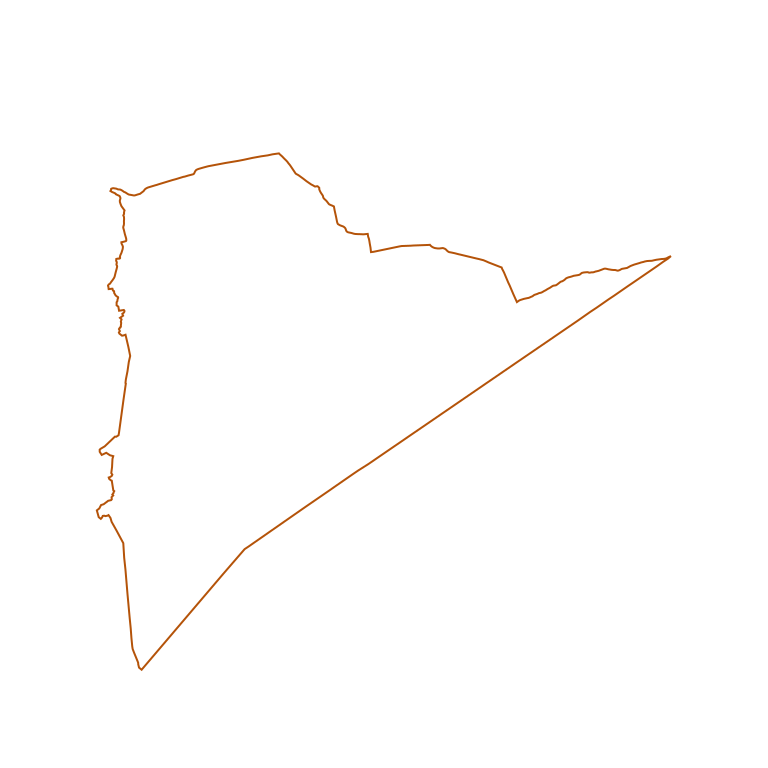 outline of Moyale, Eastern, Kenya, rotated 261°
{"feature_id": "3690345B29556459221230", "entity_name": "Moyale", "entity_type": "district", "adm_level": 2, "iso_a3": "KEN", "parent_name": "Kenya", "parent_adm1": "Eastern", "projection": "orthographic", "projection_center": [39.031, 2.902], "detail": "fine", "context": "isolated", "style": "outline", "palette": "amber", "viewbox_px": 768, "rotation_deg": 261, "n_neighbors": 0, "source": "geoboundaries", "source_scale": "gbopen_adm2", "svg_char_len": 6117}
<svg xmlns="http://www.w3.org/2000/svg" viewBox="0 0 768 768"><g transform="rotate(261 384 384)"><path d="M461.6,608.1L461.6,607.6L461.8,606.8L461.8,605.0L461.8,604.5L461.9,604.1L462.0,603.7L462.5,602.9L462.7,601.7L462.9,598.8L462.8,597.4L462.8,597.0L462.7,596.7L462.3,595.9L461.7,595.0L461.3,593.9L461.2,592.5L461.2,589.1L461.2,588.3L460.9,586.7L460.6,584.4L460.5,582.9L460.2,581.5L460.0,580.8L459.7,580.1L458.9,579.0L458.6,578.5L458.3,577.9L457.6,576.2L457.5,575.1L457.3,574.5L457.1,574.0L455.2,570.6L454.6,569.2L454.6,567.9L454.6,566.6L454.5,566.3L454.3,565.6L453.1,563.0L452.2,560.4L451.2,558.1L450.9,557.0L449.9,554.5L449.6,553.3L449.5,551.2L449.0,549.5L448.5,546.5L448.2,545.8L447.6,544.7L447.4,544.3L447.2,543.3L446.6,541.2L446.4,540.1L446.4,539.1L446.2,535.5L445.6,531.5L445.2,530.3L444.1,528.1L452.5,525.8L461.7,523.5L464.7,522.6L471.2,521.0L475.3,520.0L477.8,519.2L478.8,518.8L480.7,518.4L481.7,516.6L486.6,508.2L487.7,506.3L488.9,504.5L490.7,501.6L492.6,497.2L493.6,494.7L499.9,479.5L500.4,478.2L502.1,474.3L503.3,471.2L504.1,468.9L504.3,468.6L505.2,467.6L507.4,466.0L508.1,465.2L508.5,464.5L508.9,463.8L509.1,463.2L509.1,462.8L509.2,459.7L509.4,458.5L509.9,456.8L510.4,455.3L511.1,454.1L512.0,452.9L513.2,451.8L514.3,451.1L514.3,450.5L514.5,448.7L516.2,434.6L516.4,432.2L517.5,423.1L517.5,421.4L516.2,394.2L516.3,391.8L520.9,392.0L524.8,391.9L527.8,391.9L529.9,391.8L532.0,391.4L532.7,391.4L534.8,391.4L535.0,387.8L535.1,386.8L535.6,384.5L536.2,381.3L536.4,380.4L536.7,379.0L537.2,377.6L537.9,376.2L538.4,375.1L539.4,372.4L539.9,371.6L540.7,370.9L541.7,370.6L542.9,370.4L543.7,370.2L544.0,370.1L544.6,369.7L545.2,369.2L545.5,368.9L546.0,368.3L547.5,365.6L548.1,364.8L549.1,363.6L549.4,363.4L549.8,363.3L550.6,363.1L551.6,363.0L556.7,362.8L563.2,362.4L567.2,362.3L568.3,360.7L569.2,359.2L569.8,358.3L570.1,357.9L570.7,357.5L571.3,357.2L573.5,356.0L574.5,355.3L576.0,354.1L577.1,353.4L577.8,353.2L579.3,353.1L579.7,353.0L582.9,351.5L584.7,350.9L586.0,350.6L586.6,350.5L587.4,350.7L588.0,350.7L588.4,350.3L589.1,349.9L589.7,349.3L589.8,348.9L589.8,346.9L589.9,346.6L591.4,344.8L592.5,343.3L596.4,339.2L599.6,336.2L602.2,333.6L603.6,332.2L605.4,329.9L605.8,329.6L614.0,325.8L615.2,325.2L617.2,324.0L618.3,323.5L620.0,322.4L622.4,320.6L624.6,319.1L626.8,317.3L627.8,316.5L628.2,316.3L628.3,309.8L628.0,305.0L628.1,298.4L627.9,289.5L627.4,280.5L627.2,274.8L627.1,262.0L626.6,244.9L626.5,243.6L626.1,239.8L625.5,234.9L625.2,233.3L624.8,232.1L624.6,231.8L623.7,230.8L621.8,229.5L621.5,229.3L621.1,228.6L621.0,228.3L620.8,226.3L620.5,223.1L620.3,221.7L620.0,219.5L620.0,218.3L618.9,210.5L618.5,206.8L616.5,192.5L616.2,190.7L616.0,188.9L615.0,181.6L614.6,180.2L614.0,178.8L613.4,178.0L612.2,176.8L612.0,176.5L610.0,172.8L609.9,171.9L609.7,170.2L609.5,169.0L609.3,167.7L609.3,166.6L609.5,166.0L610.4,163.5L611.0,161.7L611.7,160.7L613.7,158.5L614.3,157.4L615.3,156.4L616.4,155.2L617.2,154.1L617.5,153.2L617.8,151.8L618.0,151.4L618.5,150.7L618.8,150.2L619.3,148.7L619.7,147.4L619.8,147.0L619.7,146.1L619.5,145.1L618.3,144.7L617.4,144.0L616.2,145.4L614.6,148.0L613.8,148.8L613.4,148.8L611.1,152.2L609.6,152.7L608.5,152.7L606.6,151.8L605.1,151.6L602.8,152.0L600.7,152.5L597.0,154.4L596.1,154.9L595.6,154.6L593.6,153.9L592.8,153.9L592.1,153.5L591.4,152.9L589.7,153.3L587.6,153.1L585.5,152.6L583.2,152.3L581.7,151.9L581.0,151.6L580.7,151.3L579.2,150.9L577.3,151.1L576.7,151.2L572.6,151.5L568.9,152.0L567.5,152.1L566.0,151.9L565.5,151.4L565.2,148.9L565.1,146.8L563.9,146.7L561.7,147.4L560.3,147.6L558.2,147.0L554.6,145.2L552.4,143.7L550.5,142.9L550.1,143.1L549.6,143.0L549.3,142.6L549.2,141.8L549.5,140.8L549.4,139.2L548.8,139.1L548.5,138.9L547.6,138.7L546.3,139.1L545.3,139.0L544.7,138.7L543.7,138.4L543.3,138.5L542.5,138.8L541.7,138.8L539.7,138.0L536.4,136.5L532.1,134.7L530.8,133.8L528.9,132.0L527.6,130.6L526.0,129.1L525.6,128.3L525.4,127.7L524.4,126.8L523.9,126.8L523.2,127.0L522.7,127.0L522.1,126.9L520.8,126.9L520.7,128.3L520.7,130.3L520.6,130.7L520.1,130.8L519.3,130.8L518.7,130.9L518.4,131.3L518.2,131.6L517.9,131.9L517.4,131.9L517.0,131.8L515.8,131.8L514.6,132.4L513.6,132.7L512.2,133.9L511.4,134.9L510.7,134.9L509.3,134.1L507.4,133.5L506.6,132.7L503.5,132.2L502.0,133.7L497.8,133.8L497.8,138.6L497.3,138.9L496.7,139.1L495.9,138.8L495.2,138.2L494.2,136.5L492.3,137.0L490.6,133.6L488.9,134.9L486.7,133.8L485.5,134.0L483.1,133.3L481.8,133.1L481.0,132.4L481.1,132.0L479.7,130.8L477.6,131.4L476.4,130.2L475.2,130.5L472.7,132.8L472.7,134.1L473.1,136.4L460.7,137.3L451.4,137.7L445.7,135.4L436.6,132.6L428.7,129.7L425.4,128.8L424.9,129.1L409.4,124.3L377.2,114.6L374.9,113.8L373.8,111.3L374.1,110.0L366.1,98.4L364.3,93.9L363.6,92.9L361.5,92.6L358.1,94.1L359.5,98.9L356.5,102.2L355.1,105.3L352.5,104.1L344.5,102.4L338.7,100.7L336.9,101.5L335.7,100.6L334.9,98.7L334.7,97.5L333.3,97.7L332.8,98.1L332.5,98.5L332.2,98.6L331.5,99.3L331.1,100.0L321.4,100.0L320.4,100.8L319.3,99.9L318.8,99.9L317.3,98.4L316.3,99.1L314.8,97.2L312.7,97.1L312.0,96.3L311.8,93.3L309.1,88.3L308.7,85.6L305.6,83.3L304.1,80.6L297.1,81.4L295.1,83.2L296.2,84.6L297.7,85.6L297.7,87.0L297.1,88.1L297.2,90.3L297.6,91.4L294.5,92.9L290.5,93.4L280.8,97.0L267.6,101.6L253.0,100.2L241.2,99.6L216.8,97.8L192.5,96.2L182.2,95.6L172.6,94.8L164.3,94.3L161.6,94.3L157.8,95.1L148.9,97.2L147.0,97.6L145.8,97.4L142.2,97.7L139.7,99.9L221.7,195.6L242.7,220.5L244.8,225.1L247.2,230.0L275.2,287.8L287.7,314.0L290.2,319.1L300.2,339.9L302.6,345.0L307.4,356.1L345.6,436.5L383.5,516.2L416.3,585.4L423.0,599.1L426.1,605.9L432.4,618.9L435.1,624.8L440.3,635.6L442.8,640.8L445.1,645.7L457.5,671.8L461.1,679.0L463.3,683.9L465.4,687.4L465.3,686.9L464.9,685.4L464.4,683.9L464.0,682.8L463.8,681.5L463.8,680.3L463.8,679.7L464.0,677.9L464.1,672.5L464.0,670.5L463.8,667.8L464.1,665.2L464.3,663.1L464.2,660.7L464.0,659.5L463.8,656.8L463.5,655.2L463.3,653.6L462.8,649.8L462.0,646.0L460.6,642.2L460.5,637.1L460.4,636.6L459.7,634.8L459.4,633.3L459.4,632.6L459.5,632.2L460.2,630.7L460.4,630.2L460.8,628.1L461.1,626.9L462.3,623.3L462.9,621.9L463.3,620.7L463.4,620.3L463.4,619.4L462.2,613.7L462.0,611.0L462.0,610.5L461.7,609.1L461.6,608.1Z" fill="none" stroke="#b45309" stroke-width="2"/></g></svg>